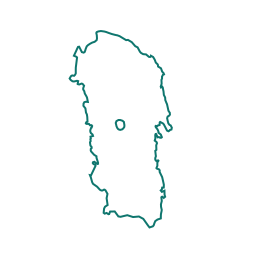 the district of Tshilenge, Kasaï-Oriental, Democratic Republic of the Congo, rotated 160°
{"feature_id": "63176286B2433914913285", "entity_name": "Tshilenge", "entity_type": "district", "adm_level": 2, "iso_a3": "COD", "parent_name": "Democratic Republic of the Congo", "parent_adm1": "Kasaï-Oriental", "projection": "equal_earth", "projection_center": [23.644, -6.465], "detail": "fine", "context": "isolated", "style": "outline", "palette": "teal", "viewbox_px": 256, "rotation_deg": 160, "n_neighbors": 0, "source": "geoboundaries", "source_scale": "gbopen_adm2", "svg_char_len": 4721}
<svg xmlns="http://www.w3.org/2000/svg" viewBox="0 0 256 256"><g transform="rotate(160 128 128)"><path d="M81.7,188.0L82.0,187.4L83.0,187.2L84.0,187.7L85.9,191.0L88.5,192.2L90.1,194.1L90.7,195.6L91.4,200.5L93.2,202.4L95.1,207.4L97.9,210.8L99.7,211.2L104.5,217.2L106.4,218.8L106.8,219.0L108.4,220.0L111.0,221.8L113.6,223.9L115.7,225.7L117.3,226.8L120.3,228.4L122.9,228.9L124.6,228.8L125.3,228.1L125.6,225.8L126.5,222.8L127.4,221.3L129.9,220.4L132.4,220.5L135.1,220.1L137.4,219.5L138.9,218.8L140.7,216.8L141.8,215.3L142.8,214.2L143.9,214.0L145.4,215.1L146.1,221.1L147.2,221.3L148.9,219.7L150.0,218.5L151.1,217.4L154.1,214.4L152.6,213.0L152.0,212.4L152.0,212.2L151.8,211.6L156.4,202.6L156.7,201.8L157.1,200.8L158.4,197.2L159.5,196.1L160.5,195.7L160.8,195.5L162.5,196.5L162.8,196.4L163.9,196.2L165.4,194.9L165.5,194.8L165.9,194.5L165.8,194.0L165.7,193.7L165.4,192.7L164.2,190.9L162.9,190.2L160.8,189.9L160.6,189.9L159.8,189.8L158.8,189.1L160.1,186.9L160.3,186.6L160.2,186.4L159.0,185.6L156.4,185.6L155.6,185.0L155.1,183.5L155.0,183.3L154.8,182.8L156.5,180.7L156.8,179.8L156.9,179.4L156.5,177.6L156.8,175.2L156.3,172.4L156.1,170.7L156.8,166.2L158.6,167.1L160.2,167.2L161.0,166.5L161.4,166.2L162.3,164.1L161.3,161.0L162.2,156.9L162.0,154.8L162.5,152.3L163.9,147.8L164.6,147.8L165.2,147.7L165.6,147.3L166.0,146.9L165.7,146.1L163.3,145.2L162.8,143.6L162.2,143.4L161.3,143.1L161.2,142.9L161.0,142.1L161.7,141.3L161.7,141.2L162.1,140.8L162.5,140.9L162.9,140.4L163.1,140.2L164.2,138.8L164.5,138.0L164.5,137.9L164.7,137.2L164.6,136.2L164.6,135.9L164.4,135.6L163.5,133.9L163.6,133.4L163.6,132.5L166.2,132.7L166.6,130.8L166.6,130.7L166.8,130.6L167.2,130.4L167.5,128.7L167.6,128.4L168.5,127.7L168.7,127.3L169.3,124.4L169.1,123.7L168.9,123.2L168.7,122.5L168.8,122.3L168.9,122.0L169.0,121.6L169.7,121.3L169.8,121.3L170.1,121.1L170.7,119.7L170.7,119.1L170.7,118.9L170.7,118.6L169.0,114.4L167.3,112.2L167.8,110.8L168.0,105.6L168.2,105.2L168.4,104.6L168.6,104.6L169.2,104.7L171.2,107.8L171.7,107.8L172.6,107.8L172.7,107.7L172.8,107.6L173.1,107.1L172.8,106.0L171.5,104.7L171.4,103.8L171.4,103.6L179.0,96.1L179.9,96.7L179.9,96.1L179.8,94.6L180.2,89.3L180.1,88.6L180.1,88.4L179.9,87.4L177.1,83.4L175.7,80.0L175.6,79.8L175.4,79.4L174.4,78.4L174.0,78.2L173.3,78.0L171.5,78.3L171.1,78.0L171.1,77.9L170.5,77.2L169.8,73.1L172.1,69.4L173.5,62.6L174.8,62.3L176.5,61.9L178.0,60.5L178.1,60.3L178.8,58.9L179.9,56.6L179.2,55.5L177.2,55.5L176.3,54.3L175.9,53.7L175.1,53.6L173.4,55.6L169.6,54.3L169.0,54.1L167.3,48.2L166.9,48.0L165.4,47.1L158.5,46.3L153.7,42.6L148.0,41.1L144.7,37.4L142.6,29.7L141.8,27.2L138.3,27.1L137.2,27.7L135.6,29.7L134.2,31.2L131.9,31.8L131.7,31.9L128.1,31.8L126.9,34.9L126.5,35.8L126.4,35.9L125.9,36.8L125.0,38.2L124.3,39.5L123.9,42.7L123.4,44.2L123.1,45.1L122.6,45.8L121.2,47.9L120.4,51.4L120.2,51.6L119.8,51.8L119.2,51.7L118.4,50.4L118.3,50.1L116.6,50.7L116.5,52.7L115.2,56.6L118.0,56.4L118.6,58.1L117.2,58.7L116.3,60.3L115.4,60.0L114.8,59.8L114.5,60.4L114.3,61.0L113.7,62.5L113.1,66.9L112.7,70.2L113.3,75.8L113.0,76.7L112.7,77.4L113.0,78.5L113.8,79.2L114.8,80.0L115.0,80.6L113.3,82.5L112.6,84.5L112.2,85.6L110.6,86.8L110.7,87.2L110.8,87.3L112.7,87.4L112.8,87.8L113.2,88.8L112.8,90.1L112.7,90.4L111.4,92.0L111.2,93.1L111.1,93.5L110.2,97.2L108.8,97.8L107.4,102.1L105.9,103.9L106.0,104.4L106.0,105.2L107.2,107.0L105.8,108.9L104.8,112.1L104.1,112.9L103.8,112.8L103.7,112.8L103.5,111.0L103.3,109.1L102.7,109.0L102.1,108.9L101.7,108.5L101.1,107.8L100.6,107.9L99.9,108.0L99.7,107.6L99.3,107.8L99.4,109.4L99.4,110.6L100.3,112.1L101.0,113.1L100.6,114.3L100.7,115.7L100.7,116.5L101.1,117.6L101.6,119.3L101.6,119.7L101.5,120.3L101.1,120.5L100.7,120.2L100.1,119.7L98.8,120.2L97.9,120.0L97.3,120.0L96.3,122.4L96.2,122.5L95.7,122.7L93.5,120.2L93.1,119.1L92.6,115.3L92.6,115.2L92.2,112.2L91.1,111.1L90.6,111.2L90.1,111.3L89.3,111.8L88.0,111.7L87.7,111.7L87.4,112.2L86.7,113.3L86.8,114.1L86.9,114.7L87.0,115.8L87.9,116.7L88.5,118.5L88.3,120.7L88.3,120.8L87.9,123.8L87.3,124.6L86.8,125.2L85.2,125.5L84.9,125.6L84.6,125.8L84.0,126.3L83.7,127.4L83.5,128.0L84.0,129.9L84.0,130.0L84.1,130.3L83.2,137.0L83.3,138.4L83.4,141.5L82.7,143.8L82.7,144.2L82.7,144.3L83.0,146.8L82.1,150.3L81.9,151.8L81.5,154.2L81.7,155.1L83.1,154.8L83.1,155.7L83.0,155.8L81.3,158.0L80.1,161.8L79.7,162.2L79.2,162.7L78.9,163.3L78.5,164.6L77.3,165.7L76.9,166.1L75.8,166.1L75.8,167.0L75.8,167.4L76.6,169.3L76.6,171.0L76.6,172.8L78.7,175.5L78.6,175.8L78.3,177.5L79.5,180.0L79.5,182.8L79.7,184.0L80.1,186.1L81.7,188.0ZM132.6,129.2L134.0,128.7L136.0,128.9L137.1,129.7L137.7,130.5L138.1,131.9L138.2,133.7L138.0,135.0L137.8,136.9L136.5,138.4L134.2,138.8L132.6,138.2L130.7,136.7L129.8,135.1L130.4,131.9L131.1,130.3L132.6,129.2Z" fill="none" stroke="#0f766e" stroke-width="2"/></g></svg>